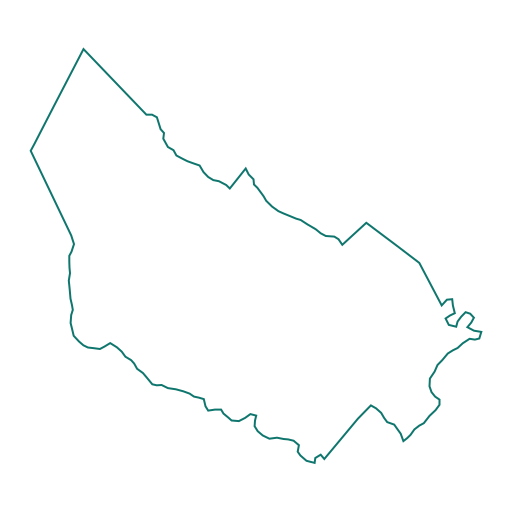 the district of Milagres, Bahia, Brazil
{"feature_id": "56859067B28401413745229", "entity_name": "Milagres", "entity_type": "district", "adm_level": 2, "iso_a3": "BRA", "parent_name": "Brazil", "parent_adm1": "Bahia", "projection": "mercator", "projection_center": [-39.773, -12.883], "detail": "fine", "context": "isolated", "style": "outline", "palette": "teal", "viewbox_px": 512, "rotation_deg": 0, "n_neighbors": 0, "source": "geoboundaries", "source_scale": "gbopen_adm2", "svg_char_len": 2117}
<svg xmlns="http://www.w3.org/2000/svg" viewBox="0 0 512 512"><path d="M481.3,331.9L474.0,330.7L467.4,327.2L471.3,322.5L473.9,317.7L470.2,313.7L465.6,312.2L461.2,316.7L457.6,321.5L456.2,326.7L448.8,324.9L445.6,318.5L450.0,315.5L454.8,313.2L452.9,305.5L452.2,299.2L446.9,299.7L441.7,305.4L419.3,262.9L397.3,246.1L366.3,222.8L342.3,244.8L338.5,239.2L334.3,236.6L325.8,236.0L320.7,233.3L315.8,229.3L307.3,224.3L300.7,220.0L296.0,218.6L291.7,216.8L283.6,213.5L278.3,211.1L272.1,206.6L266.2,200.8L263.5,196.1L257.4,187.8L254.0,184.5L253.5,179.3L248.7,174.5L245.7,168.5L229.8,188.5L226.2,185.0L218.9,181.2L213.3,180.1L208.2,177.0L203.5,172.1L199.6,165.5L193.2,163.3L187.4,161.2L182.6,158.8L176.4,155.5L173.5,150.2L167.9,147.0L163.3,138.7L164.0,133.0L160.6,129.2L158.9,123.7L156.9,117.3L152.1,114.7L146.4,114.7L83.5,49.1L54.2,105.5L34.1,144.5L30.7,150.8L71.2,235.4L74.0,244.1L71.5,251.7L69.3,255.8L69.3,261.9L69.5,267.7L70.0,273.2L68.8,280.6L69.7,289.4L70.5,298.7L72.0,305.2L72.8,309.9L71.2,315.0L70.6,323.0L72.2,329.5L73.7,335.8L79.0,341.5L83.4,345.3L87.9,347.5L94.0,348.2L99.9,349.0L104.6,346.5L110.2,343.1L116.9,347.3L121.7,351.6L125.4,356.7L131.2,360.2L134.2,363.6L137.1,368.8L142.9,373.0L146.8,377.6L152.3,384.3L156.7,385.3L161.6,385.0L167.9,388.1L175.9,389.3L183.3,391.3L189.6,393.6L194.0,396.6L198.7,397.6L203.8,399.1L205.5,406.3L208.2,410.6L214.9,409.6L221.1,409.6L223.5,413.6L228.1,417.4L231.6,420.5L238.9,421.1L245.1,417.9L250.4,414.1L256.2,415.6L255.0,420.6L254.6,426.2L257.7,431.2L262.8,435.5L269.4,438.7L277.0,437.7L283.6,439.0L288.1,439.4L293.6,440.7L298.9,445.2L297.7,451.7L300.4,455.5L306.5,460.8L314.6,462.9L315.3,458.0L320.7,454.7L324.3,459.0L357.9,418.7L370.9,405.4L376.0,408.3L381.2,412.9L384.1,417.9L387.2,422.1L394.2,424.6L397.8,429.7L400.7,433.7L403.4,441.1L407.1,438.2L410.5,434.9L414.4,429.4L419.3,425.6L423.8,423.2L429.5,415.9L435.6,410.1L439.5,404.8L439.5,399.6L435.1,396.6L431.5,392.1L429.5,386.3L429.9,378.6L434.6,371.6L437.5,365.0L442.2,360.2L447.8,353.5L452.9,350.3L457.6,348.0L462.7,343.3L469.6,338.8L474.9,339.6L479.3,338.5L481.3,331.9Z" fill="none" stroke="#0f766e" stroke-width="2"/></svg>